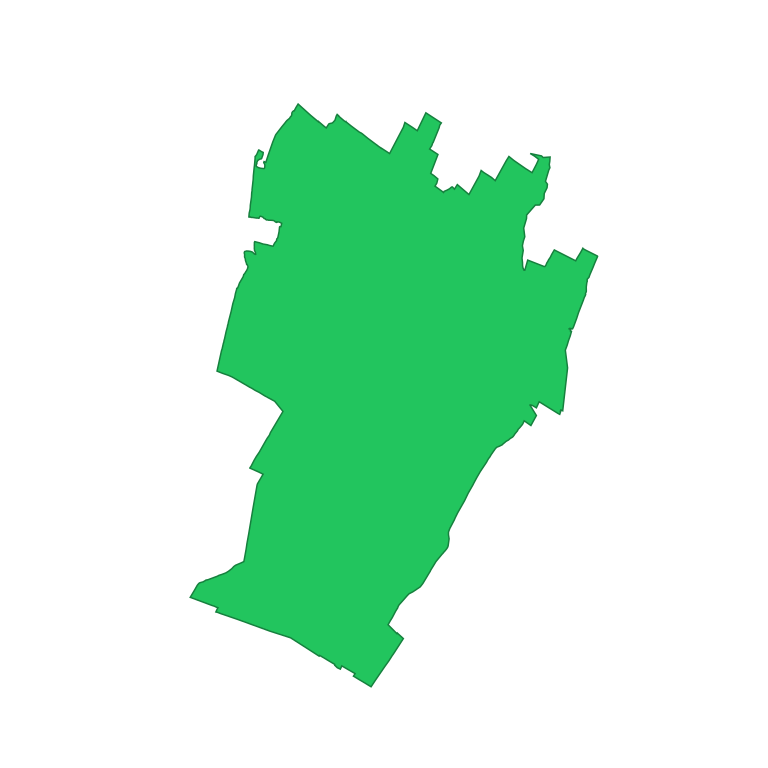 Havarna, Botosani, Romania (Equal Earth projection), rotated 77°
{"feature_id": "2599482B1439153330194", "entity_name": "Havarna", "entity_type": "district", "adm_level": 2, "iso_a3": "ROU", "parent_name": "Romania", "parent_adm1": "Botosani", "projection": "equal_earth", "projection_center": [26.638, 48.055], "detail": "fine", "context": "isolated", "style": "filled", "palette": "green", "viewbox_px": 768, "rotation_deg": 77, "n_neighbors": 0, "source": "geoboundaries", "source_scale": "gbopen_adm2", "svg_char_len": 6139}
<svg xmlns="http://www.w3.org/2000/svg" viewBox="0 0 768 768"><g transform="rotate(77 384 384)"><path d="M568.3,599.1L569.1,597.5L571.1,594.6L580.3,579.8L599.0,551.0L610.3,532.1L634.6,508.4L634.0,507.7L646.1,495.1L646.9,495.3L650.0,493.3L652.0,490.7L649.2,488.5L659.7,477.3L661.8,479.5L676.1,464.7L670.6,458.9L659.4,446.7L655.0,441.7L650.5,437.1L649.1,435.5L636.4,422.4L629.6,427.1L630.1,427.6L619.5,434.2L616.2,431.2L613.5,428.5L607.9,423.7L605.7,421.5L605.1,420.9L604.4,420.6L603.9,420.2L602.6,419.0L595.6,409.2L594.2,407.1L593.9,406.3L593.0,402.7L589.8,394.3L587.1,391.0L578.4,382.6L577.0,381.2L575.7,380.2L572.3,376.8L568.7,373.3L563.0,365.9L562.4,364.9L561.0,363.1L560.3,362.0L558.6,359.9L557.7,359.0L557.1,358.5L556.1,357.9L549.5,355.4L545.5,355.1L543.2,354.6L542.5,354.3L539.6,352.4L532.3,346.1L530.5,344.8L526.1,341.2L515.9,331.8L509.3,326.5L502.5,320.2L500.8,318.8L495.8,314.4L491.0,309.9L483.4,301.8L481.1,299.8L479.9,298.6L479.3,297.7L476.8,295.3L472.2,290.2L471.3,288.9L470.9,288.0L470.6,285.7L469.8,282.4L469.1,281.4L468.2,279.5L467.6,278.5L467.2,277.5L466.6,275.3L465.5,273.3L464.8,271.1L464.3,270.1L463.1,268.7L462.1,267.7L459.5,264.3L458.5,263.7L457.0,261.4L454.8,258.5L453.9,257.6L451.4,255.7L457.5,250.2L449.0,242.6L437.4,246.5L437.2,246.3L437.6,245.4L438.4,244.1L441.5,240.9L436.2,236.8L451.9,221.0L453.1,219.6L450.6,218.1L450.3,218.4L449.6,218.0L449.9,217.7L449.1,217.3L450.3,215.9L409.6,201.5L391.8,199.7L387.4,196.8L383.3,194.5L379.0,191.7L374.9,189.5L374.3,190.5L374.1,190.5L373.1,189.8L372.9,189.8L372.1,191.2L371.9,191.3L371.6,190.8L371.6,190.2L372.7,187.9L371.0,186.5L363.4,181.5L358.2,178.4L346.9,170.7L346.0,170.2L344.5,169.2L343.4,168.2L342.2,167.4L341.0,167.3L339.8,166.3L339.2,166.0L335.0,165.1L330.9,163.6L329.7,162.9L328.1,162.6L327.5,162.3L326.2,160.3L323.8,158.8L317.4,154.1L313.9,151.7L307.8,147.2L307.5,147.2L307.3,147.3L299.0,157.3L297.0,159.5L296.5,159.7L300.0,162.8L305.0,167.7L307.1,169.5L291.7,187.9L295.5,191.5L298.0,193.5L300.0,195.7L301.6,197.0L302.4,197.9L304.9,199.7L305.7,200.8L305.5,201.7L304.9,202.5L295.6,216.1L304.8,221.2L304.6,222.0L301.8,222.5L299.6,222.3L296.7,221.7L292.3,221.2L285.2,218.3L281.4,218.1L280.3,218.0L276.0,216.0L272.2,213.7L263.5,212.8L254.8,207.9L251.4,207.0L243.7,196.3L244.6,192.1L239.5,186.5L234.4,185.0L229.5,181.0L226.1,179.8L222.9,181.1L212.6,175.3L210.6,173.7L207.3,173.6L204.4,172.4L200.2,171.1L199.1,178.0L197.2,179.2L192.3,189.7L195.8,186.1L199.8,182.8L201.4,183.9L204.5,186.3L211.4,192.2L206.1,197.5L195.5,207.1L190.4,211.1L194.0,214.7L210.9,229.9L206.9,232.8L200.4,239.2L197.8,241.3L202.8,244.6L218.5,258.6L206.2,267.7L210.0,271.5L207.4,273.0L207.3,273.9L208.5,276.2L209.3,279.1L209.8,282.0L210.8,282.9L209.4,284.0L202.7,289.8L200.2,287.4L196.3,285.4L192.3,288.4L189.3,291.1L172.5,279.8L165.3,286.7L162.5,283.8L160.2,282.4L159.6,281.7L146.8,272.7L144.4,271.5L142.5,269.4L129.2,282.2L144.7,294.6L140.2,298.7L133.9,304.8L138.2,307.4L160.7,326.7L153.3,333.8L153.5,333.9L141.1,344.4L135.4,348.8L134.2,349.9L133.2,351.2L125.4,357.8L120.2,361.9L119.7,362.0L119.9,362.4L118.9,363.4L112.7,368.0L112.5,367.8L110.8,369.0L112.1,370.2L115.2,372.0L116.0,372.5L117.8,375.1L118.1,376.1L118.0,378.0L118.1,379.1L118.8,379.9L121.5,382.7L118.7,384.9L113.4,388.8L113.7,389.0L105.9,394.9L91.9,404.7L94.6,407.4L97.7,410.1L97.5,410.7L98.1,411.8L98.6,412.3L99.2,412.8L100.9,413.3L102.0,414.0L102.6,415.0L103.9,416.3L105.3,419.1L106.2,420.4L107.3,421.7L110.4,425.7L116.3,432.9L117.1,433.7L123.1,437.9L135.3,445.6L141.5,449.3L140.3,450.8L141.0,451.3L141.3,451.4L142.7,450.9L144.2,450.9L145.9,451.4L146.7,451.8L147.0,452.1L147.1,452.5L146.1,455.5L145.0,457.6L143.3,459.4L142.9,459.5L142.5,459.4L141.1,458.7L140.7,458.3L139.6,458.2L139.0,457.6L138.1,457.0L137.7,456.5L137.0,454.6L137.0,452.9L136.7,452.5L133.3,450.3L131.2,449.6L130.0,451.1L127.8,453.3L127.8,453.5L131.6,456.3L132.6,457.3L133.3,458.4L135.0,458.8L142.0,461.1L143.3,461.6L151.8,464.5L155.1,465.4L164.8,468.8L165.8,469.0L167.9,469.9L172.1,471.1L179.6,474.0L182.5,474.8L184.3,475.5L187.1,476.9L190.9,478.1L191.1,477.9L191.0,477.5L191.2,476.5L191.6,476.3L191.9,475.6L192.2,474.4L193.6,471.0L193.9,469.6L194.3,468.9L194.3,468.4L193.0,467.5L192.7,467.0L192.7,466.6L193.6,465.2L194.4,464.3L195.9,463.5L196.4,462.4L196.6,462.3L197.0,462.3L197.7,461.6L197.8,461.4L197.8,460.6L198.3,460.0L199.3,456.4L199.8,455.0L200.4,454.2L201.7,453.3L202.2,452.6L202.4,452.3L202.4,452.0L201.9,451.8L202.5,450.0L203.1,449.0L204.0,448.1L204.4,447.5L207.5,449.0L207.2,450.1L207.6,450.5L212.0,452.0L217.2,454.4L217.9,454.9L218.5,455.8L218.8,456.0L220.1,456.4L222.3,459.1L224.7,461.0L224.7,461.4L224.3,462.2L223.2,464.5L222.1,466.3L220.4,470.4L218.2,473.9L217.8,474.8L216.2,477.9L216.8,478.4L219.9,479.2L221.6,479.5L222.3,479.8L224.8,480.1L226.6,479.7L227.4,479.7L228.8,479.9L228.8,480.1L228.2,481.0L225.9,482.5L224.8,484.2L224.0,486.1L224.1,486.4L223.5,487.6L223.6,490.0L224.8,490.7L226.6,490.7L228.9,491.3L230.6,491.0L232.8,491.2L234.0,491.0L234.7,491.0L235.7,490.8L236.1,491.0L236.8,490.8L237.0,490.4L239.3,490.1L239.6,490.2L240.1,490.7L240.9,491.0L242.6,492.4L243.7,493.6L244.9,494.7L245.9,496.1L247.3,496.8L247.8,497.1L253.1,502.1L256.1,504.0L257.4,505.0L257.7,505.4L257.6,505.8L257.9,506.1L258.4,506.2L262.4,508.4L266.3,510.1L271.7,513.2L278.9,516.6L288.5,521.6L290.4,522.4L291.9,523.3L293.0,523.7L297.1,525.9L304.1,529.2L305.7,530.1L307.2,530.7L308.1,531.3L313.5,533.9L314.9,534.8L333.9,543.8L337.3,538.9L340.6,533.6L343.0,530.4L353.0,519.7L357.0,515.5L358.2,514.0L361.2,511.0L364.1,507.5L368.7,502.9L376.2,494.4L388.0,488.6L405.7,505.5L408.1,507.2L410.5,509.9L412.8,512.1L422.4,520.9L425.9,524.7L429.1,527.7L434.3,532.1L435.5,533.5L435.8,533.6L441.8,525.6L444.7,522.1L451.8,528.8L452.6,529.6L453.9,530.4L475.4,539.5L499.5,549.5L508.8,553.5L513.7,555.4L522.8,559.3L525.5,560.5L526.2,563.7L527.2,569.4L528.1,571.5L529.7,573.8L531.5,577.7L532.5,580.7L533.1,585.2L533.3,587.9L533.8,589.6L535.1,599.8L535.0,601.6L535.5,602.8L536.1,604.9L536.2,607.8L536.4,608.8L537.0,609.8L538.2,611.3L541.7,614.5L548.3,620.8L561.1,601.4L562.4,599.2L563.7,597.6L564.6,596.1L566.6,597.8L568.3,599.1Z" fill="#22c55e" stroke="#15803d" stroke-width="1.5"/></g></svg>